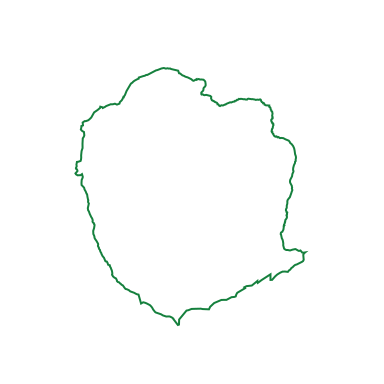 the district of Varsag, Harghita, Romania, rotated 140°
{"feature_id": "2599482B23586841588479", "entity_name": "Varsag", "entity_type": "district", "adm_level": 2, "iso_a3": "ROU", "parent_name": "Romania", "parent_adm1": "Harghita", "projection": "natural_earth1", "projection_center": [25.349, 46.545], "detail": "fine", "context": "isolated", "style": "outline", "palette": "green", "viewbox_px": 384, "rotation_deg": 140, "n_neighbors": 0, "source": "geoboundaries", "source_scale": "gbopen_adm2", "svg_char_len": 5968}
<svg xmlns="http://www.w3.org/2000/svg" viewBox="0 0 384 384"><g transform="rotate(140 192 192)"><path d="M231.1,315.5L232.7,313.1L234.4,313.6L235.0,312.8L237.0,311.3L236.9,309.3L236.2,307.4L238.1,304.6L239.3,303.9L241.2,303.3L244.9,299.3L247.6,296.0L250.2,294.4L253.3,291.4L254.9,289.4L256.3,288.1L257.4,287.4L259.7,288.3L260.8,289.0L263.0,287.2L263.7,285.9L265.6,284.9L265.9,284.2L265.6,283.7L265.9,282.2L266.4,281.6L269.3,281.2L269.5,280.1L268.9,278.3L266.5,276.5L264.8,276.4L265.7,274.3L266.0,273.7L267.2,272.9L268.7,272.2L270.9,269.9L272.1,268.3L271.9,265.3L271.9,264.6L272.7,263.0L273.1,260.7L273.9,258.4L273.8,258.0L274.0,257.4L275.2,255.5L276.7,252.7L276.7,252.4L277.5,251.8L278.2,250.8L278.4,249.5L282.2,246.6L283.3,244.8L283.5,243.3L284.4,241.0L285.3,237.5L285.5,235.9L286.2,234.2L287.2,233.3L287.5,232.4L287.2,231.2L287.7,230.3L287.6,229.9L288.0,229.2L290.2,227.3L292.7,225.7L294.6,223.2L295.0,221.6L295.4,220.6L296.1,219.6L296.4,218.5L296.6,216.1L297.2,212.8L297.6,212.1L298.7,211.2L299.0,210.4L299.0,209.4L299.5,208.8L299.8,207.8L299.7,207.0L300.5,205.3L300.8,203.4L301.1,202.9L301.7,200.4L301.7,198.2L302.8,194.8L302.7,194.3L302.0,193.6L302.0,193.4L302.2,192.2L303.0,190.2L302.5,189.5L302.4,188.9L302.1,188.6L302.7,187.8L302.9,186.2L303.4,185.1L303.5,184.5L304.1,182.9L305.3,180.9L306.5,180.0L306.4,179.3L306.8,178.3L306.5,176.4L305.8,174.6L306.3,172.6L306.7,172.1L306.7,171.2L306.7,170.9L305.9,169.6L305.9,168.2L305.6,167.6L305.6,166.3L305.0,164.9L305.3,161.3L305.2,160.4L304.5,159.5L303.9,158.3L303.5,157.5L303.2,155.6L301.1,152.0L300.4,150.1L299.8,148.9L298.9,147.8L302.7,139.3L300.3,138.9L299.2,137.4L298.4,135.9L297.0,132.5L296.9,131.9L296.8,130.2L296.9,128.8L297.3,126.9L297.4,123.8L297.2,123.0L294.3,118.2L293.6,116.1L292.9,115.0L291.8,113.2L289.5,111.4L289.0,110.8L288.1,108.9L287.7,107.2L287.9,107.1L288.3,99.2L287.2,98.8L283.8,102.6L272.4,104.7L270.8,103.8L267.5,102.7L265.7,101.3L260.3,97.0L259.1,95.5L254.4,91.2L251.9,92.4L246.4,92.7L238.8,90.4L234.9,87.2L229.3,86.0L227.0,84.4L225.6,83.9L224.0,85.0L222.1,85.7L213.2,84.2L213.2,85.4L210.7,84.8L206.3,81.9L199.2,81.8L199.8,81.1L200.1,80.1L195.2,79.8L184.8,78.5L188.4,74.2L187.1,73.2L182.6,73.9L179.8,74.0L176.3,73.5L173.8,72.8L171.9,71.3L169.9,69.2L168.1,69.6L166.7,69.4L164.6,69.9L163.4,69.7L161.3,69.9L159.7,69.8L158.5,69.2L152.6,67.8L151.3,67.7L150.0,68.3L147.1,72.4L145.6,73.0L144.2,73.0L145.7,73.9L146.5,74.8L146.5,77.5L147.8,78.0L148.2,78.5L149.3,81.5L149.6,81.9L152.0,83.2L154.5,84.2L156.0,86.1L157.1,87.0L157.8,88.7L157.8,89.5L156.4,92.5L154.9,94.2L154.7,94.7L154.2,95.4L153.2,97.4L153.0,98.7L151.2,102.1L151.2,102.6L150.5,103.3L149.9,103.7L148.2,103.5L147.7,103.8L146.2,104.4L144.1,106.3L143.9,106.7L143.5,106.8L143.4,107.0L143.2,107.0L143.3,107.2L142.4,107.9L142.1,107.9L140.3,108.9L140.3,109.2L139.5,109.7L139.3,109.7L138.6,110.5L136.5,111.0L135.4,111.7L134.8,112.6L134.8,113.1L134.1,113.4L134.1,113.7L133.4,114.0L133.1,114.5L132.8,114.6L132.3,115.0L132.5,115.3L132.5,115.9L132.1,116.2L132.0,117.2L131.7,117.8L131.0,118.4L129.6,119.0L128.0,120.8L126.6,121.7L125.2,123.2L124.9,123.7L123.8,124.4L122.2,124.8L120.4,125.1L116.7,127.3L115.0,128.4L114.4,128.6L113.9,129.0L113.7,129.3L113.4,130.3L112.4,131.1L112.2,131.7L111.6,132.5L110.8,136.1L110.0,137.3L108.9,138.2L105.3,139.7L103.5,141.3L101.2,142.4L100.7,143.0L100.5,143.8L99.1,145.3L96.7,147.0L94.5,148.0L93.5,149.0L92.6,149.1L91.8,150.2L90.4,151.3L89.5,152.6L88.7,154.7L86.7,157.9L85.7,159.8L85.0,162.2L84.9,164.7L85.2,166.1L85.2,166.8L84.9,167.6L84.9,169.2L86.6,172.4L87.4,174.5L88.8,176.0L89.8,176.6L89.8,176.8L90.2,177.2L90.3,178.1L90.5,178.6L91.3,178.8L91.4,179.0L91.3,179.5L91.5,180.2L91.6,180.4L92.3,180.5L92.8,181.3L92.8,182.0L93.0,182.4L92.7,183.6L92.4,184.2L92.6,184.4L92.6,184.9L92.4,185.3L92.3,186.0L92.0,186.3L92.3,186.6L92.2,187.1L91.4,187.9L90.7,188.2L90.5,188.7L88.9,189.2L87.7,190.4L86.7,190.8L86.0,191.8L86.2,192.1L85.9,192.3L85.8,192.7L86.2,193.5L85.9,193.8L85.9,194.5L85.6,194.8L85.5,195.2L85.6,195.5L85.0,196.3L84.0,196.6L83.1,196.5L82.6,196.8L82.7,197.2L82.3,197.9L81.8,198.1L81.5,199.0L80.0,200.2L79.0,201.9L79.2,202.7L78.7,203.5L78.8,204.1L78.6,204.8L77.9,205.8L77.7,206.7L78.1,207.2L78.0,207.7L77.2,208.6L79.7,210.9L80.3,212.4L80.0,212.7L79.8,213.8L80.1,214.3L80.5,214.4L80.3,215.2L80.7,216.0L80.6,217.1L80.1,218.1L80.1,218.9L80.3,219.2L81.5,219.6L82.5,220.7L84.0,221.6L84.4,222.4L86.1,224.4L86.6,224.7L88.9,227.3L89.5,227.5L90.4,227.4L91.2,228.1L91.6,228.5L91.9,229.2L92.6,229.6L94.3,231.6L95.0,232.2L95.6,232.4L96.2,233.2L97.4,233.1L98.3,233.7L98.7,233.5L99.3,233.5L100.5,234.2L101.2,233.9L102.4,234.7L104.5,235.4L105.1,236.2L108.9,237.4L110.0,237.4L110.2,237.7L112.7,238.4L113.8,239.6L115.3,239.8L115.7,240.5L115.5,242.0L115.6,242.4L116.1,242.8L115.6,243.7L115.6,244.4L116.6,246.3L116.5,246.5L116.9,247.8L117.2,247.9L117.4,248.8L117.8,249.5L117.2,251.5L116.1,252.5L116.2,253.8L118.7,257.3L120.3,258.2L120.8,259.0L120.9,259.7L121.1,260.0L122.0,260.5L121.9,261.1L120.9,262.2L118.2,262.5L117.2,263.3L116.8,263.8L115.9,264.3L114.1,264.4L112.9,265.0L112.0,266.2L110.9,268.0L110.8,269.0L111.0,270.6L112.5,272.2L113.2,272.7L113.7,273.2L114.2,274.2L115.5,274.9L116.4,274.9L116.8,275.3L116.5,275.6L119.2,276.1L119.8,277.0L120.0,278.8L121.7,282.7L122.5,283.8L123.2,285.1L123.4,285.9L124.4,287.6L124.9,290.4L125.6,291.3L124.6,293.8L129.0,299.7L129.3,300.6L130.5,301.5L131.2,302.5L132.7,303.3L133.8,305.0L134.2,305.3L136.1,306.3L140.0,307.6L141.4,308.3L151.0,310.4L151.8,311.1L153.4,311.4L154.8,312.1L159.2,313.9L160.0,313.1L161.5,313.6L164.4,314.2L166.3,314.3L167.3,314.1L168.9,314.3L169.7,314.1L177.3,311.4L181.0,309.4L182.4,309.0L183.3,308.5L183.5,308.9L185.2,308.0L186.9,307.4L189.6,307.2L190.3,306.6L190.8,306.3L193.3,307.2L194.3,309.2L195.9,309.9L197.1,310.7L197.7,311.4L202.5,313.0L203.9,313.1L206.3,313.7L206.1,314.4L207.4,316.3L208.1,315.8L208.3,315.5L211.6,315.5L215.8,315.9L221.3,313.8L224.1,313.6L225.6,313.7L227.9,314.6L228.7,315.3L231.1,315.5Z" fill="none" stroke="#15803d" stroke-width="2"/></g></svg>